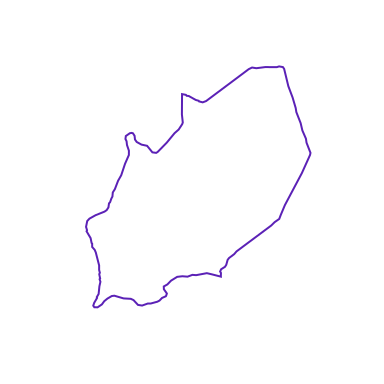 the district of Sipacapa, San Marcos, Guatemala, rotated 325°
{"feature_id": "79465075B25557085984198", "entity_name": "Sipacapa", "entity_type": "district", "adm_level": 2, "iso_a3": "GTM", "parent_name": "Guatemala", "parent_adm1": "San Marcos", "projection": "albers", "projection_center": [-91.681, 15.195], "detail": "fine", "context": "isolated", "style": "outline", "palette": "violet", "viewbox_px": 384, "rotation_deg": 325, "n_neighbors": 0, "source": "geoboundaries", "source_scale": "gbopen_adm2", "svg_char_len": 1759}
<svg xmlns="http://www.w3.org/2000/svg" viewBox="0 0 384 384"><g transform="rotate(325 192 192)"><path d="M260.6,256.0L292.9,239.5L309.9,229.4L311.5,227.9L314.1,217.3L315.9,213.7L317.7,204.9L320.5,197.9L323.3,186.4L325.1,182.7L328.6,172.3L331.6,160.6L338.1,144.0L338.1,141.8L335.4,139.1L333.2,138.4L323.5,131.6L315.7,127.5L312.6,124.5L308.9,123.9L255.7,125.6L252.2,124.7L249.7,121.8L249.8,121.1L247.9,118.8L244.4,111.5L242.8,110.1L242.7,108.9L240.0,106.1L228.2,122.7L224.3,129.8L222.9,130.8L216.9,133.2L211.5,133.8L199.6,137.1L186.8,139.5L185.1,139.4L182.3,136.8L181.7,128.4L177.8,124.2L175.4,119.3L175.4,116.3L177.2,113.0L177.3,110.0L176.5,109.0L174.8,108.2L169.9,108.2L167.9,110.4L167.5,112.9L165.7,116.2L164.0,122.0L161.5,125.5L153.3,130.5L143.6,137.7L137.9,140.4L130.5,145.4L126.9,146.9L124.2,150.1L122.2,151.1L119.0,153.4L117.5,153.7L114.7,156.7L111.7,157.9L109.1,157.9L99.7,155.7L92.7,155.0L89.5,155.7L85.2,159.8L84.1,163.1L83.1,163.7L82.5,171.6L80.5,176.2L80.6,177.0L78.7,179.8L79.1,183.6L78.5,186.4L73.8,198.9L71.2,202.6L70.2,205.3L68.9,206.1L67.1,210.2L66.3,210.4L65.5,213.0L62.1,216.1L57.0,222.0L53.7,223.5L53.5,224.3L48.3,226.7L45.9,228.5L45.9,230.4L48.5,232.3L53.7,232.4L57.5,231.1L61.6,230.8L66.6,231.2L68.9,232.4L74.9,239.9L80.6,244.4L82.1,247.0L83.0,253.5L86.0,256.4L91.8,258.0L94.3,259.7L100.7,262.0L103.1,262.3L106.7,261.6L110.8,262.4L112.1,261.6L113.2,260.7L113.2,255.5L114.7,253.2L118.8,253.6L124.0,252.6L131.2,253.0L135.8,255.5L139.8,258.8L144.8,260.1L147.7,262.5L157.6,267.0L161.1,270.9L167.1,277.9L167.7,277.0L169.3,274.9L169.4,273.3L171.5,272.0L176.1,272.2L178.3,271.3L182.3,268.0L184.6,267.3L190.9,267.1L194.4,266.2L237.6,264.9L242.4,264.1L248.0,264.1L251.4,261.8L260.6,256.0Z" fill="none" stroke="#5b21b6" stroke-width="2"/></g></svg>